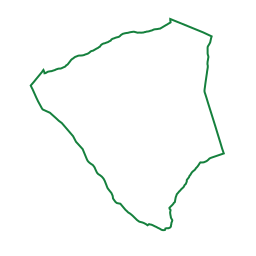 Anaurilândia, Mato Grosso do Sul, Brazil (Albers equal-area conic projection), rotated 85°
{"feature_id": "56859067B19851013015279", "entity_name": "Anaurilândia", "entity_type": "district", "adm_level": 2, "iso_a3": "BRA", "parent_name": "Brazil", "parent_adm1": "Mato Grosso do Sul", "projection": "albers", "projection_center": [-52.789, -22.153], "detail": "fine", "context": "isolated", "style": "outline", "palette": "green", "viewbox_px": 256, "rotation_deg": 85, "n_neighbors": 0, "source": "geoboundaries", "source_scale": "gbopen_adm2", "svg_char_len": 3560}
<svg xmlns="http://www.w3.org/2000/svg" viewBox="0 0 256 256"><g transform="rotate(85 128 128)"><path d="M226.6,117.0L225.6,115.4L226.0,114.6L226.2,113.5L226.8,112.2L228.4,109.6L229.1,108.3L229.9,107.2L231.1,105.1L231.9,104.1L232.5,103.1L232.8,102.1L232.9,101.1L232.7,100.0L231.4,99.5L231.2,98.2L231.4,96.5L230.9,94.9L230.0,93.9L229.0,93.7L228.2,93.5L227.5,93.2L226.6,93.1L225.8,92.8L225.0,92.3L223.7,91.9L222.6,92.4L221.7,92.8L220.9,93.1L219.9,93.1L218.4,93.3L216.7,93.4L215.9,93.4L215.0,93.2L213.7,92.8L212.9,92.9L212.2,93.6L211.2,93.7L210.0,92.4L209.4,91.6L208.2,90.2L207.3,89.3L206.6,88.9L206.0,87.9L205.2,87.6L204.0,87.3L202.6,86.9L201.5,86.6L200.5,86.2L199.6,85.7L198.3,85.2L196.5,83.3L195.8,82.7L194.8,81.4L193.8,80.5L191.7,77.8L190.8,77.2L190.1,76.8L189.5,76.3L188.9,75.4L188.0,74.9L186.4,74.1L185.1,74.0L184.4,73.5L183.4,72.5L182.3,71.5L181.0,70.9L180.2,70.0L179.2,69.3L178.1,68.5L177.5,67.9L177.0,67.3L176.5,66.6L175.9,65.7L175.4,65.0L174.6,64.3L173.9,63.8L173.2,62.9L172.2,61.9L171.0,60.9L170.4,60.4L169.6,59.9L168.6,58.9L168.8,57.2L168.8,55.5L168.4,54.3L168.1,53.3L167.5,52.0L166.4,50.5L165.5,49.5L164.9,47.8L161.7,34.8L156.4,36.1L150.5,37.3L141.2,39.3L134.1,40.8L123.6,43.1L110.0,46.1L104.7,47.2L100.3,48.2L99.2,48.5L97.8,48.6L96.0,48.3L93.9,47.8L93.0,47.6L90.7,47.1L87.7,46.4L81.8,45.0L80.6,44.7L78.7,44.3L75.9,43.6L74.3,43.2L72.7,43.1L71.2,43.3L68.7,42.9L67.0,42.4L65.7,42.1L64.3,41.7L63.2,41.8L61.8,42.1L60.8,42.2L57.4,41.9L55.9,41.8L55.1,41.7L54.3,41.6L53.5,41.2L52.2,40.2L50.6,39.1L49.7,38.6L47.7,38.0L45.8,37.4L44.0,36.7L39.3,44.8L23.1,76.4L24.4,76.5L25.5,76.4L26.5,76.4L31.8,87.4L31.8,88.5L31.9,89.3L32.0,90.2L32.0,92.2L32.1,93.5L32.5,94.7L32.9,95.7L33.1,97.2L33.4,98.2L33.6,99.6L33.6,101.2L33.9,102.2L33.9,103.1L34.2,104.1L34.2,105.2L34.2,106.5L34.0,107.9L33.9,108.9L33.9,110.2L33.5,111.2L33.0,112.6L32.6,113.7L32.6,114.7L32.7,116.4L32.8,117.7L33.0,118.8L33.2,119.9L33.2,120.9L33.3,122.1L33.4,123.1L33.6,124.1L33.7,124.9L34.2,125.9L34.8,127.0L35.6,127.9L36.2,128.8L36.5,129.7L36.7,131.2L37.0,132.7L37.4,133.8L37.7,135.3L38.3,136.7L39.5,137.7L39.9,139.0L40.5,140.0L40.8,140.9L41.0,141.9L41.3,142.9L41.6,143.9L41.7,145.1L42.2,146.4L43.2,147.9L44.0,148.5L44.6,149.0L44.9,149.9L45.6,150.9L46.2,152.5L46.7,153.5L47.2,154.6L47.9,156.0L48.1,157.4L48.5,158.6L49.1,159.3L49.7,160.2L50.4,161.5L50.8,163.0L51.0,164.1L51.5,165.5L51.7,167.0L51.7,168.6L51.6,170.0L51.6,170.8L51.8,171.9L52.2,173.0L52.5,174.3L53.1,175.4L53.8,176.4L54.4,177.6L55.2,178.7L56.2,179.6L57.0,180.3L57.6,180.9L58.6,181.8L59.6,182.8L60.2,184.1L61.0,184.8L61.5,185.6L61.8,186.6L62.3,188.0L62.7,189.1L62.9,190.0L62.9,190.9L62.8,192.1L63.0,192.9L63.4,194.6L63.9,195.8L64.2,197.2L64.4,198.1L64.7,199.2L64.7,200.3L64.8,201.7L65.0,203.1L66.1,205.3L66.2,206.4L65.0,206.5L63.7,206.9L62.8,207.2L63.5,207.9L64.3,208.4L71.4,215.4L73.4,217.3L77.2,221.2L79.7,220.3L80.8,219.8L90.3,216.5L91.3,216.1L93.5,215.3L101.3,211.9L102.2,211.2L106.1,204.3L106.8,203.7L111.9,198.9L113.9,197.1L114.7,196.4L117.3,193.5L131.4,183.4L137.2,181.0L145.1,175.0L155.6,171.7L157.1,171.1L158.4,170.2L159.9,168.7L160.9,167.5L161.7,166.4L162.7,165.7L164.4,164.7L166.6,164.0L169.8,162.8L171.3,161.7L172.6,160.0L174.2,158.3L176.3,156.8L178.6,155.8L183.3,154.4L184.5,154.1L186.3,153.5L188.8,151.9L191.3,150.2L194.2,149.2L195.7,149.1L196.7,149.1L197.6,148.7L199.6,147.5L200.6,146.9L201.8,145.6L202.8,142.2L208.4,138.3L209.5,137.5L210.3,136.7L212.2,135.1L213.2,133.7L214.1,132.7L215.6,131.2L220.5,127.0L222.3,124.9L223.4,121.8L224.1,120.4L225.4,118.4L226.6,117.0Z" fill="none" stroke="#15803d" stroke-width="2"/></g></svg>